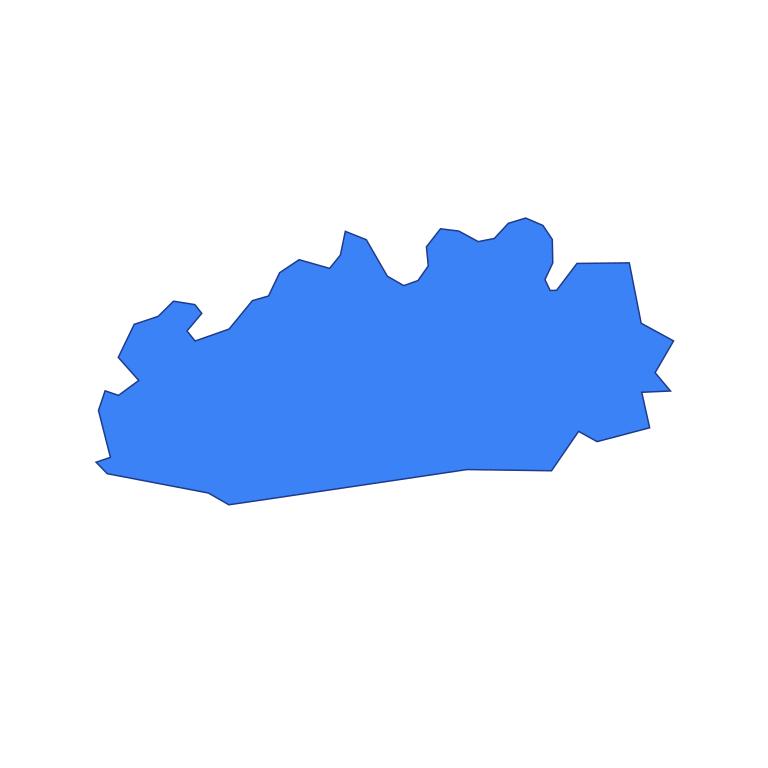 Rhea, Tennessee, United States of America, rotated 225°
{"feature_id": "52423323B57247601892980", "entity_name": "Rhea", "entity_type": "district", "adm_level": 2, "iso_a3": "USA", "parent_name": "United States of America", "parent_adm1": "Tennessee", "projection": "natural_earth1", "projection_center": [-84.888, 35.617], "detail": "fine", "context": "isolated", "style": "filled", "palette": "blue", "viewbox_px": 768, "rotation_deg": 225, "n_neighbors": 0, "source": "geoboundaries", "source_scale": "gbopen_adm2", "svg_char_len": 855}
<svg xmlns="http://www.w3.org/2000/svg" viewBox="0 0 768 768"><g transform="rotate(225 384 384)"><path d="M296.2,643.1L332.8,605.7L328.2,572.3L332.6,567.6L344.0,571.6L350.3,589.0L367.2,605.2L383.7,608.5L401.2,601.5L409.7,585.6L408.9,564.9L418.1,551.3L439.3,545.0L453.8,533.7L451.0,511.0L436.2,498.8L433.1,481.2L439.6,467.5L457.9,462.6L498.5,473.5L519.3,464.6L506.0,444.3L504.2,427.3L531.9,411.9L536.5,388.9L527.9,364.6L536.0,349.9L532.4,313.3L548.0,280.8L560.8,282.2L562.8,305.1L573.9,306.4L591.4,293.7L591.5,272.2L602.8,249.6L590.7,214.9L559.9,213.1L563.7,188.2L576.4,182.0L567.2,163.4L525.6,138.7L532.3,125.1L516.2,124.9L431.1,182.7L408.3,188.9L397.3,203.6L264.8,382.2L204.2,441.1L212.9,488.1L192.6,493.9L165.2,540.9L195.9,560.4L176.5,581.6L200.3,583.7L209.7,619.2L245.1,608.8L296.2,643.1Z" fill="#3b82f6" stroke="#1e3a8a" stroke-width="1.5"/></g></svg>